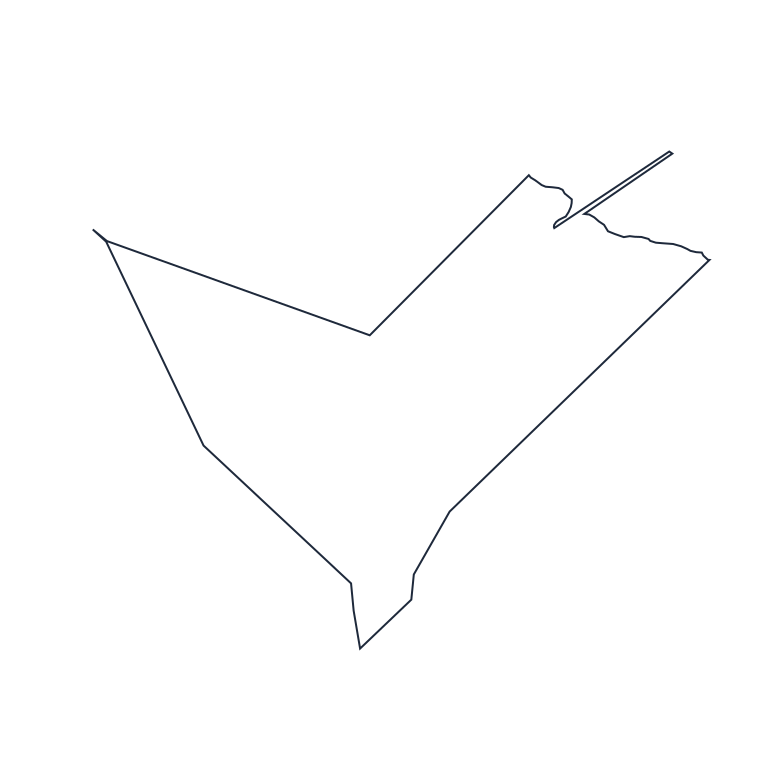 the district of Mengellang, Palau, rotated 187°
{"feature_id": "81905179B37615107776552", "entity_name": "Mengellang", "entity_type": "district", "adm_level": 2, "iso_a3": "PLW", "parent_name": "Palau", "parent_adm1": "", "projection": "orthographic", "projection_center": [134.628, 7.695], "detail": "fine", "context": "isolated", "style": "outline", "palette": "slate", "viewbox_px": 768, "rotation_deg": 187, "n_neighbors": 0, "source": "geoboundaries", "source_scale": "gbopen_adm2", "svg_char_len": 891}
<svg xmlns="http://www.w3.org/2000/svg" viewBox="0 0 768 768"><g transform="rotate(187 384 384)"><path d="M392.4,182.1L386.5,155.3L375.5,118.5L330.6,173.3L331.2,198.6L303.3,265.4L76.1,546.8L77.7,546.8L82.7,550.4L84.6,553.2L90.2,552.9L96.0,553.5L99.4,554.9L105.8,556.9L114.1,558.2L124.1,557.7L131.4,557.4L137.2,558.5L139.1,560.2L146.4,561.3L153.1,560.7L158.1,560.7L163.9,559.0L173.1,561.0L180.3,562.9L185.0,568.8L190.6,571.6L195.6,575.0L200.9,577.2L205.1,577.2L205.9,577.2L125.9,647.8L129.2,649.5L234.0,559.5L234.5,560.4L234.5,562.6L232.9,565.7L230.4,568.2L227.9,569.9L224.0,572.4L221.7,577.2L220.1,582.5L219.8,586.4L220.1,590.1L223.4,592.3L227.9,595.1L230.4,598.5L234.5,599.8L240.7,599.8L247.6,599.5L251.8,600.7L258.7,604.6L263.5,606.8L265.7,608.9L404.1,430.6L676.4,492.1L677.7,492.9L691.9,501.9L677.1,491.4L555.6,300.9L392.4,182.1Z" fill="none" stroke="#1e293b" stroke-width="2"/></g></svg>